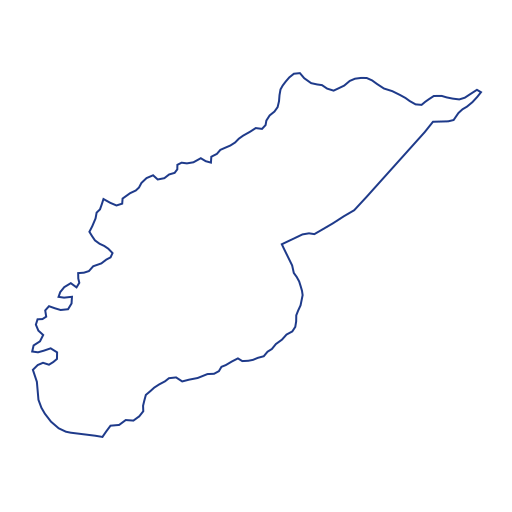 Centralina, Minas Gerais, Brazil, rotated 271°
{"feature_id": "56859067B37414824409198", "entity_name": "Centralina", "entity_type": "district", "adm_level": 2, "iso_a3": "BRA", "parent_name": "Brazil", "parent_adm1": "Minas Gerais", "projection": "robinson", "projection_center": [-49.157, -18.655], "detail": "fine", "context": "isolated", "style": "outline", "palette": "blue", "viewbox_px": 512, "rotation_deg": 271, "n_neighbors": 0, "source": "geoboundaries", "source_scale": "gbopen_adm2", "svg_char_len": 2652}
<svg xmlns="http://www.w3.org/2000/svg" viewBox="0 0 512 512"><g transform="rotate(271 256 256)"><path d="M138.3,34.9L126.4,39.1L108.4,41.0L100.5,44.1L94.7,47.6L86.8,53.9L80.3,61.7L77.0,69.0L76.1,73.8L73.5,98.4L72.4,105.6L78.1,109.4L83.8,113.5L84.7,122.1L89.7,128.6L89.3,136.3L93.7,142.1L98.8,146.0L104.3,145.7L109.3,146.8L115.2,148.3L119.3,153.0L122.6,156.5L125.9,161.4L129.1,167.2L132.3,171.1L133.2,178.2L129.3,184.4L131.2,191.3L133.0,199.8L135.1,204.8L137.1,209.5L137.5,216.1L140.2,220.9L144.6,223.4L146.4,227.7L150.1,233.7L153.3,239.7L150.7,244.1L151.1,250.1L152.1,254.8L154.2,259.6L155.9,265.5L160.5,269.2L163.3,273.5L168.3,277.4L172.8,283.4L178.0,287.9L181.2,293.6L185.8,296.5L191.3,297.3L197.4,297.3L202.2,299.1L207.4,301.4L213.3,302.5L217.7,303.3L222.0,302.6L226.5,301.2L231.3,299.6L235.7,297.1L239.7,294.1L247.2,292.3L263.0,284.2L268.2,281.6L278.4,302.1L279.6,308.6L278.9,314.0L289.8,332.0L297.3,343.2L303.5,353.4L316.9,365.4L325.8,373.1L382.9,422.6L393.3,430.6L394.0,445.8L395.4,451.2L402.5,455.9L406.3,459.9L409.0,464.3L413.6,469.7L418.9,474.4L423.7,478.1L426.0,474.0L421.6,467.4L417.9,462.0L416.1,456.5L416.8,449.9L417.9,443.9L419.3,438.9L419.1,431.0L415.9,426.3L413.2,422.6L410.0,418.9L410.4,412.9L413.6,407.0L416.6,402.7L419.5,397.2L423.2,389.4L425.7,381.0L430.1,374.0L433.6,369.0L435.9,363.6L435.9,358.0L435.0,351.9L432.7,346.7L427.9,341.2L424.8,335.0L422.7,330.7L424.6,324.2L428.0,319.0L428.6,314.1L429.8,308.1L434.6,301.1L439.6,296.7L438.9,290.7L435.2,286.2L431.0,282.7L426.9,279.7L423.0,277.6L417.3,276.7L411.1,276.3L405.2,275.0L400.7,271.9L396.8,267.2L391.6,264.0L387.1,263.3L383.2,259.8L383.9,253.5L380.2,248.0L376.1,241.0L373.0,236.8L369.1,233.1L366.0,228.4L363.8,223.5L361.5,218.5L357.4,215.1L354.5,209.6L348.6,209.3L349.9,204.1L352.8,199.1L348.6,191.8L347.4,185.3L348.0,180.0L345.8,175.8L341.3,175.8L337.7,173.2L336.0,167.7L332.2,163.0L330.8,156.4L334.9,151.7L332.0,145.2L327.1,140.2L322.4,137.8L319.4,134.7L316.6,129.0L311.1,121.6L306.0,121.3L304.1,115.6L306.6,109.4L310.3,102.5L305.0,100.9L299.9,99.2L296.6,95.9L290.7,94.9L283.0,91.8L277.3,89.0L272.9,91.8L268.8,94.7L265.5,99.4L263.4,104.1L260.7,108.2L256.4,112.5L252.1,110.6L249.8,106.4L245.9,101.5L242.9,93.4L238.0,89.2L236.3,84.2L235.8,78.5L230.4,78.7L226.1,79.8L221.5,77.1L225.6,71.3L221.5,64.8L216.5,60.9L211.7,59.3L211.0,64.8L212.0,72.7L205.3,72.4L199.5,69.0L198.6,61.6L200.2,55.9L202.2,49.9L197.9,46.2L191.7,47.3L189.2,43.6L188.9,38.7L183.5,37.1L177.6,39.7L173.3,44.6L166.9,41.5L162.7,35.2L156.6,33.9L155.9,39.7L157.6,45.4L160.1,52.3L156.2,58.8L149.6,58.8L146.4,55.1L143.7,50.9L145.5,44.9L143.2,39.7L138.3,34.9Z" fill="none" stroke="#1e3a8a" stroke-width="2"/></g></svg>